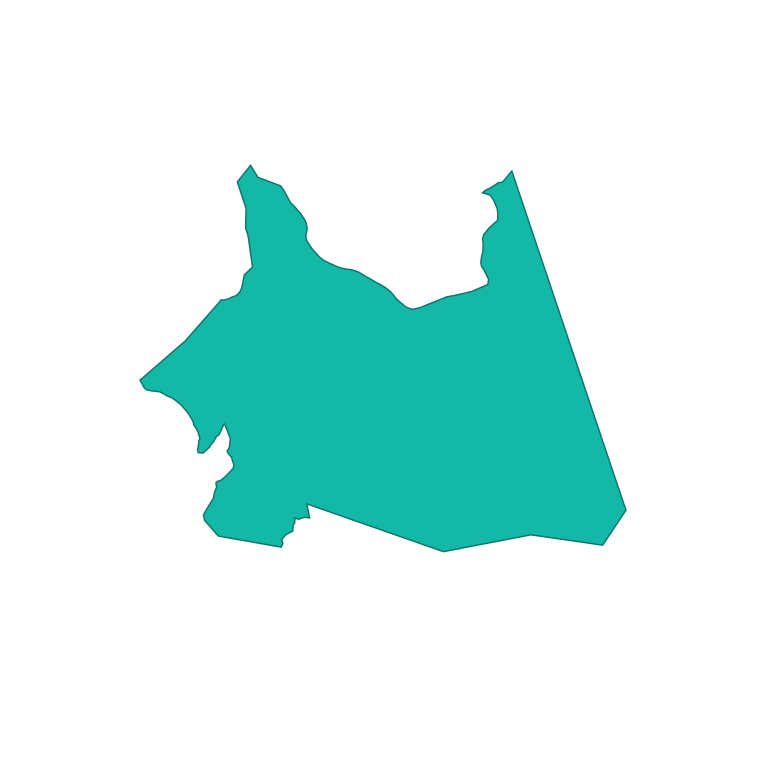 Santa Cruz de Bravo, Oaxaca, Mexico, rotated 326°
{"feature_id": "50627088B21531122544022", "entity_name": "Santa Cruz de Bravo", "entity_type": "district", "adm_level": 2, "iso_a3": "MEX", "parent_name": "Mexico", "parent_adm1": "Oaxaca", "projection": "mercator", "projection_center": [-98.221, 17.572], "detail": "fine", "context": "isolated", "style": "filled", "palette": "teal", "viewbox_px": 768, "rotation_deg": 326, "n_neighbors": 0, "source": "geoboundaries", "source_scale": "gbopen_adm2", "svg_char_len": 2139}
<svg xmlns="http://www.w3.org/2000/svg" viewBox="0 0 768 768"><g transform="rotate(326 384 384)"><path d="M609.0,279.0L606.9,279.5L595.4,282.9L590.8,281.0L586.7,281.1L582.2,280.9L576.4,280.2L572.6,280.6L577.7,286.9L577.6,293.4L575.9,302.1L572.6,308.1L569.7,311.9L559.0,313.3L550.4,315.8L547.0,318.7L544.5,323.4L540.2,329.4L536.1,333.1L532.4,337.1L530.7,341.0L530.6,346.6L529.2,355.9L525.6,359.6L521.9,358.9L515.3,357.6L508.7,356.4L499.7,353.1L492.2,350.1L485.2,347.0L470.6,343.8L456.8,340.9L449.2,338.0L445.4,332.8L442.9,324.6L441.8,319.4L441.6,315.6L440.9,310.6L439.0,304.8L435.9,298.1L434.2,295.2L432.1,290.7L429.4,285.5L425.2,276.4L421.1,271.2L416.8,267.6L411.9,262.2L406.8,254.2L403.1,247.8L401.5,242.6L400.4,235.4L399.9,231.6L400.1,222.2L401.4,218.1L405.0,214.5L406.6,213.0L407.9,210.8L409.7,206.5L410.1,203.1L410.2,196.0L409.5,190.8L409.0,186.7L407.9,181.1L408.3,176.1L409.2,167.8L409.1,162.0L395.0,142.1L395.7,128.1L375.4,134.5L367.8,161.4L356.5,177.3L354.3,185.0L342.9,208.4L340.4,213.5L329.1,215.5L323.9,220.8L319.6,224.9L316.0,227.1L311.2,228.1L306.7,227.0L302.5,226.4L298.8,225.1L295.6,223.1L293.0,224.1L243.2,237.2L183.9,244.4L183.3,251.0L183.1,253.2L184.1,256.3L187.4,259.7L190.6,262.3L193.9,265.3L197.6,272.7L200.3,276.7L202.4,282.0L204.1,287.9L205.2,297.2L205.2,302.1L204.8,308.3L203.4,311.7L203.4,316.9L202.9,320.2L200.8,326.3L198.6,327.9L195.0,332.0L192.3,334.8L191.7,337.1L193.9,338.8L195.5,340.1L204.4,338.7L207.3,337.2L210.7,336.5L213.2,335.1L215.4,334.0L218.9,333.8L223.0,331.4L228.0,328.2L229.5,328.2L228.7,332.0L226.1,343.3L220.4,350.1L216.7,351.8L215.9,353.4L216.6,359.3L214.4,366.7L212.1,369.5L206.9,370.8L199.6,372.2L194.5,372.6L191.6,371.6L189.8,371.6L188.8,373.1L187.5,376.0L183.2,378.7L178.9,383.2L172.2,386.2L166.0,389.1L161.1,391.6L159.0,396.7L161.6,417.4L207.6,461.8L208.0,461.3L209.8,460.6L210.9,459.6L212.0,456.6L213.2,455.4L218.5,454.1L226.3,454.8L230.0,449.9L231.9,449.6L235.2,445.4L237.7,448.5L240.4,448.9L243.9,450.3L247.4,453.4L252.9,440.4L252.5,439.6L339.5,556.2L421.5,591.2L475.2,639.9L514.1,623.9L515.8,617.4L569.0,424.3L609.0,279.0Z" fill="#14b8a6" stroke="#0f766e" stroke-width="1.5"/></g></svg>